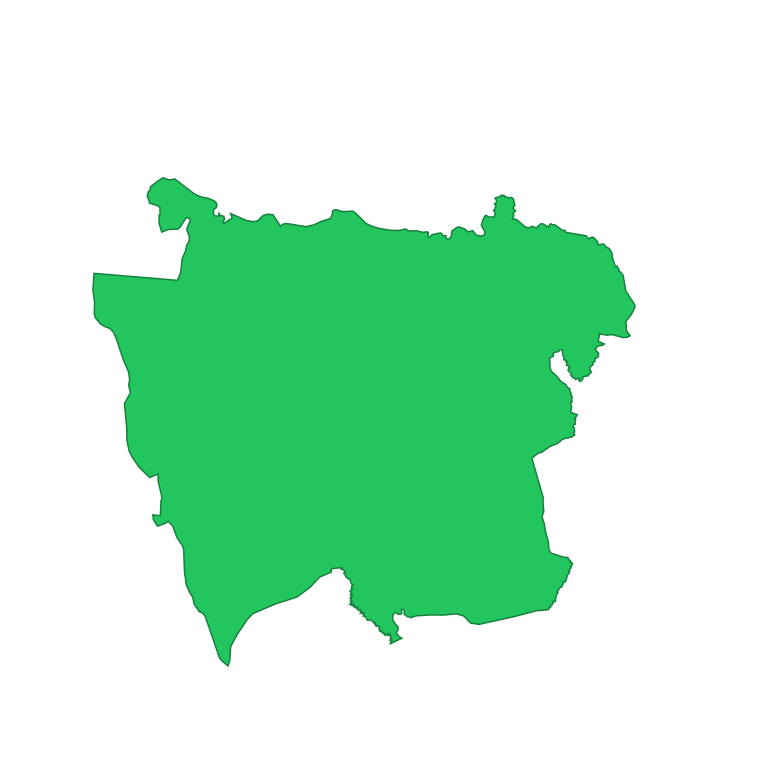 Bang Mun Nak, Phichit, Thailand, rotated 71°
{"feature_id": "78962969B44850282674557", "entity_name": "Bang Mun Nak", "entity_type": "district", "adm_level": 2, "iso_a3": "THA", "parent_name": "Thailand", "parent_adm1": "Phichit", "projection": "albers", "projection_center": [100.449, 16.044], "detail": "fine", "context": "isolated", "style": "filled", "palette": "green", "viewbox_px": 768, "rotation_deg": 71, "n_neighbors": 0, "source": "geoboundaries", "source_scale": "gbopen_adm2", "svg_char_len": 6170}
<svg xmlns="http://www.w3.org/2000/svg" viewBox="0 0 768 768"><g transform="rotate(71 384 384)"><path d="M607.8,266.7L606.1,270.7L598.3,281.2L594.5,282.0L586.5,280.0L576.8,279.4L568.1,277.9L561.9,277.9L560.0,277.2L556.8,274.5L547.3,272.1L543.6,270.5L502.2,268.3L499.7,260.9L499.9,257.0L497.1,247.6L496.7,239.1L494.3,232.9L495.2,223.5L494.1,220.2L491.7,220.5L491.0,219.3L487.6,218.4L486.4,219.4L484.3,217.7L484.3,216.2L481.2,215.7L480.6,214.5L478.9,214.6L475.9,211.3L472.0,216.3L471.0,216.7L467.4,214.2L463.1,213.9L461.9,211.8L460.2,212.0L458.0,210.5L456.7,210.3L455.6,211.0L452.9,210.0L451.8,210.6L448.8,210.0L446.9,211.7L443.9,212.2L439.4,215.8L432.6,218.3L426.2,221.8L422.7,221.6L413.4,219.0L412.9,214.9L410.3,214.2L409.6,212.0L410.2,208.3L408.9,207.1L409.6,204.4L415.8,205.6L417.2,205.0L419.7,206.0L420.4,204.5L421.6,204.7L422.1,203.6L423.1,204.6L424.5,204.3L425.6,205.3L426.1,203.9L427.9,204.1L429.2,202.9L430.2,205.1L431.6,205.5L433.8,204.2L436.1,203.7L436.6,204.5L439.4,203.5L440.0,202.1L442.0,201.4L442.0,197.8L442.7,197.5L444.1,198.6L445.6,197.3L444.4,194.9L442.7,193.6L441.8,193.7L442.7,188.3L441.3,186.8L441.1,185.3L439.9,183.9L438.5,184.6L435.3,184.2L433.9,180.2L431.9,179.6L431.1,177.0L428.7,176.5L428.7,174.5L427.7,172.1L426.0,172.0L424.9,171.0L420.2,173.1L417.7,169.5L418.5,164.5L417.9,162.7L413.7,167.2L412.1,167.0L407.7,164.2L406.6,164.2L410.5,157.2L411.4,152.6L417.9,142.8L419.0,138.9L418.5,135.6L412.3,137.5L406.8,135.6L403.9,135.3L398.8,127.6L395.4,124.0L393.1,121.8L390.5,121.2L374.7,125.1L359.0,122.5L354.8,124.1L353.9,125.2L351.9,124.6L348.4,125.3L348.5,127.0L338.6,126.9L334.9,125.8L329.2,126.9L326.6,129.5L323.1,130.7L322.1,136.3L318.9,135.7L313.4,138.3L312.8,139.9L313.3,143.5L309.8,144.5L299.6,163.0L297.6,162.8L296.9,165.2L289.1,170.5L288.6,172.4L286.7,174.5L289.1,177.6L284.4,181.5L283.5,183.5L286.0,189.3L283.2,192.2L283.5,196.5L281.2,199.5L271.7,205.0L269.5,208.8L267.0,206.4L264.8,206.4L263.2,203.2L260.4,204.7L259.0,204.3L257.9,202.2L251.4,201.4L249.0,202.9L248.3,205.9L246.6,208.1L244.6,209.3L245.3,210.5L243.6,211.2L244.8,215.0L244.1,216.6L244.4,218.4L247.6,217.9L249.4,219.0L249.5,220.8L252.9,220.2L253.3,221.4L255.6,222.8L255.4,223.9L258.0,223.1L261.2,224.6L261.6,226.7L260.1,230.8L257.8,232.4L257.8,233.5L259.8,235.9L265.3,240.2L273.3,239.1L275.8,240.7L275.8,243.9L273.6,248.0L267.7,250.3L267.6,255.0L263.8,257.1L260.0,261.7L259.7,264.4L261.5,270.0L266.1,272.3L267.9,274.5L267.8,276.6L266.5,277.9L263.7,277.2L263.3,279.9L260.7,280.4L259.5,281.5L258.4,290.0L259.7,292.2L259.6,294.0L258.9,294.5L255.3,292.7L254.3,293.3L253.2,298.0L249.9,302.9L247.3,311.0L244.4,313.2L243.8,319.6L241.0,327.3L235.9,337.0L230.9,344.1L226.6,348.5L212.6,355.5L210.4,357.3L207.5,367.1L203.5,372.6L203.2,374.8L203.8,376.3L206.7,377.7L210.0,380.5L209.9,391.0L210.7,398.7L209.8,406.6L200.4,424.1L200.0,427.6L201.1,430.5L187.9,433.8L185.5,438.7L185.4,443.6L188.5,450.2L188.1,454.4L184.6,460.9L172.9,473.6L177.6,473.5L180.0,483.0L178.2,483.3L176.0,480.9L173.1,480.9L171.6,483.7L168.9,484.4L171.3,485.8L170.2,488.9L168.2,490.0L163.4,488.1L163.0,485.7L161.1,484.0L158.0,483.6L155.7,484.8L151.3,489.6L147.7,495.9L142.8,501.3L121.8,515.2L121.9,517.8L120.7,521.2L117.1,525.7L118.6,532.3L121.5,540.5L124.7,542.4L125.8,544.6L129.8,546.9L131.4,546.4L136.8,546.7L141.7,539.9L144.2,538.4L151.0,540.6L151.0,541.6L158.7,544.3L168.0,544.7L167.7,537.7L170.4,528.6L169.4,525.8L162.7,517.4L163.0,515.0L165.4,513.8L167.1,514.5L172.1,519.2L174.3,520.3L180.3,519.9L184.7,521.2L188.6,525.3L194.3,528.9L199.6,533.9L212.1,539.8L218.1,544.8L218.5,546.1L185.0,622.1L200.4,628.7L212.4,631.0L223.0,635.0L227.7,635.3L234.8,632.6L238.4,629.7L242.6,624.8L246.7,623.0L254.6,622.3L275.6,622.6L289.2,621.6L296.7,622.9L302.2,625.9L309.7,626.6L318.1,635.8L341.6,641.5L354.0,645.5L364.8,646.8L372.0,645.6L383.4,642.5L396.1,636.0L395.6,627.0L403.0,629.3L418.9,630.8L421.9,632.9L435.7,638.3L432.5,645.1L437.0,646.2L444.6,644.6L444.6,636.9L443.8,632.6L449.5,630.0L462.0,629.7L470.8,627.4L474.6,627.1L496.3,633.7L509.4,636.3L517.8,635.6L523.2,634.3L530.7,635.1L539.1,632.8L541.6,630.1L545.6,628.7L588.9,628.7L592.1,627.9L599.8,623.2L594.7,619.5L582.8,614.7L580.4,612.4L573.1,604.4L562.2,590.0L558.4,582.7L556.6,557.5L557.1,535.7L552.3,520.5L545.6,507.7L544.7,495.0L541.9,494.3L541.8,492.8L543.5,484.8L545.0,484.9L544.5,483.4L545.5,483.7L546.0,483.0L549.7,481.8L549.8,483.7L551.7,482.7L553.7,483.0L557.0,480.9L557.6,479.7L561.9,480.0L563.8,478.7L564.3,480.3L565.5,480.3L566.1,481.2L567.4,480.4L567.7,482.2L569.1,482.4L569.2,483.7L571.0,482.8L571.8,483.9L572.6,482.3L573.5,482.7L573.4,484.2L574.9,483.9L575.3,485.7L576.2,484.8L577.4,486.0L579.0,485.0L578.5,486.2L580.0,486.3L581.0,487.8L581.3,486.1L582.5,487.0L583.1,486.4L582.3,484.3L583.6,484.3L583.9,485.3L585.9,484.4L585.9,482.1L587.4,482.9L587.6,481.5L589.6,481.9L589.9,479.8L592.8,480.9L592.1,478.8L593.8,479.6L594.1,477.4L596.6,479.1L596.7,478.1L597.8,478.1L598.3,477.1L602.0,476.6L602.6,473.8L605.1,471.8L606.5,471.7L606.7,469.9L608.2,470.9L610.6,470.1L610.0,468.7L611.6,468.2L612.4,467.1L613.5,468.3L616.7,468.3L616.7,466.5L618.5,466.9L618.8,466.0L620.0,465.8L620.0,464.7L621.2,464.9L622.2,464.3L621.6,463.0L622.4,462.5L621.7,461.3L623.1,461.7L623.6,460.9L622.4,459.7L625.7,459.7L626.5,460.8L628.7,459.8L628.3,461.6L629.5,461.2L631.6,462.5L630.2,449.9L627.3,452.3L623.4,453.5L621.1,450.8L618.2,449.8L614.0,451.8L613.2,451.5L610.5,452.7L606.8,451.5L604.3,449.8L603.9,447.0L606.4,445.5L607.2,443.0L606.4,441.7L603.9,441.3L602.6,440.3L604.7,438.5L608.7,440.0L609.0,438.6L611.3,438.2L611.7,436.8L613.6,435.0L613.7,429.1L617.5,415.1L621.8,403.2L624.9,390.4L629.2,384.2L638.2,380.0L642.2,372.4L646.2,337.4L648.1,313.4L650.9,302.4L650.4,301.2L648.6,300.3L649.1,299.0L647.5,298.3L647.6,297.0L645.7,295.1L644.7,295.2L644.4,294.3L645.5,292.7L643.2,291.8L639.6,289.6L637.9,287.5L637.2,288.0L635.9,286.8L635.8,285.9L634.1,285.0L633.6,281.6L632.7,281.5L630.9,279.1L629.2,278.7L630.0,277.2L629.2,275.9L624.6,273.0L623.2,270.7L622.0,270.5L622.1,269.6L620.3,269.4L620.1,268.7L618.8,268.2L618.8,267.1L617.5,267.1L617.3,265.9L615.3,264.3L613.8,264.7L613.6,265.6L611.3,265.4L610.6,266.3L607.8,266.7Z" fill="#22c55e" stroke="#15803d" stroke-width="1.5"/></g></svg>